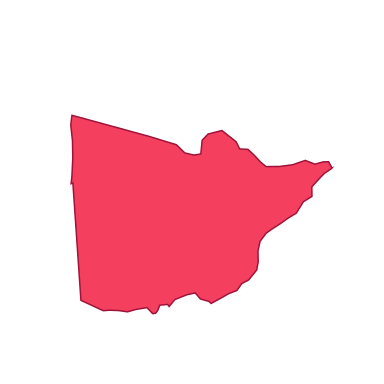 the district of Gerasa, Limassol, Cyprus, rotated 251°
{"feature_id": "46923920B27706584342072", "entity_name": "Gerasa", "entity_type": "district", "adm_level": 2, "iso_a3": "CYP", "parent_name": "Cyprus", "parent_adm1": "Limassol", "projection": "albers", "projection_center": [32.993, 34.805], "detail": "fine", "context": "isolated", "style": "filled", "palette": "rose", "viewbox_px": 384, "rotation_deg": 251, "n_neighbors": 0, "source": "geoboundaries", "source_scale": "gbopen_adm2", "svg_char_len": 1000}
<svg xmlns="http://www.w3.org/2000/svg" viewBox="0 0 384 384"><g transform="rotate(251 192 192)"><path d="M125.7,51.7L116.9,60.9L108.7,69.4L107.0,75.7L103.8,84.0L99.7,92.0L99.2,100.9L97.3,111.8L89.8,115.2L89.2,118.1L90.9,120.8L95.5,124.8L93.6,132.3L91.2,133.1L95.9,140.9L96.5,153.7L95.5,162.2L88.1,165.1L83.1,172.3L80.4,173.8L82.0,183.3L83.9,193.4L84.3,202.5L89.2,209.2L90.4,217.0L92.3,220.0L97.2,227.8L104.3,231.8L114.8,235.2L123.2,240.3L128.9,248.7L130.8,255.0L133.1,264.5L136.0,274.3L138.1,283.8L146.5,294.1L148.8,304.0L157.9,307.0L164.0,318.2L166.5,323.2L168.8,331.7L169.2,332.3L169.2,332.2L176.2,331.0L177.8,325.7L178.3,317.3L185.0,309.4L185.0,296.0L187.6,283.2L191.9,270.3L197.4,266.9L206.9,262.6L214.1,258.8L217.2,251.1L225.1,250.1L240.4,240.3L241.6,226.2L237.7,218.5L225.1,212.7L226.3,205.8L231.3,197.9L241.8,192.6L259.0,168.9L303.6,103.5L299.9,101.6L294.5,99.1L279.5,95.7L263.1,90.4L245.3,83.3L239.2,80.4L239.3,82.3L125.7,51.7Z" fill="#f43f5e" stroke="#9f1239" stroke-width="1.5"/></g></svg>